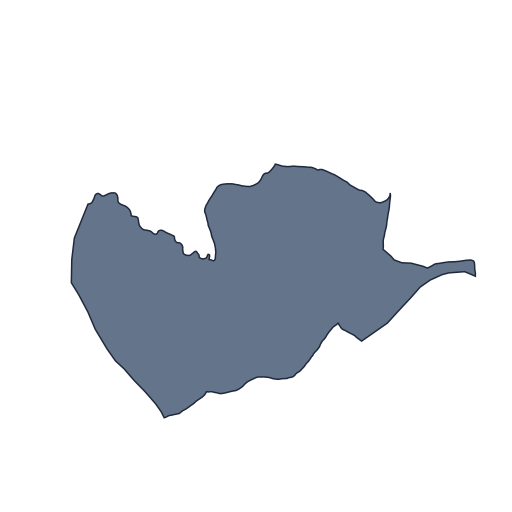 outline of Hamelmalo, Anseba, Eritrea, rotated 325°
{"feature_id": "51966322B61568027672815", "entity_name": "Hamelmalo", "entity_type": "district", "adm_level": 2, "iso_a3": "ERI", "parent_name": "Eritrea", "parent_adm1": "Anseba", "projection": "orthographic", "projection_center": [38.457, 15.915], "detail": "fine", "context": "isolated", "style": "filled", "palette": "slate", "viewbox_px": 512, "rotation_deg": 325, "n_neighbors": 0, "source": "geoboundaries", "source_scale": "gbopen_adm2", "svg_char_len": 6154}
<svg xmlns="http://www.w3.org/2000/svg" viewBox="0 0 512 512"><g transform="rotate(325 256 256)"><path d="M268.7,177.6L266.9,177.2L266.0,177.1L265.2,177.1L263.3,177.4L260.8,178.7L258.1,179.7L254.8,181.3L252.1,182.3L248.9,183.6L246.4,185.0L244.5,185.7L241.9,187.5L240.9,188.2L239.3,190.4L238.6,193.5L236.8,197.9L235.4,201.8L234.4,203.5L233.9,205.8L233.2,208.9L232.6,210.8L232.1,212.2L231.5,213.2L230.8,215.3L230.1,218.4L229.0,222.5L227.9,224.9L227.0,226.9L226.6,227.3L225.4,229.7L223.2,232.2L221.2,234.7L219.8,235.6L218.9,235.6L218.2,235.4L217.8,234.8L216.7,233.1L215.6,232.1L216.4,231.0L218.0,229.5L218.4,228.7L218.5,228.1L218.1,227.5L217.6,227.2L216.7,227.6L215.6,228.4L214.4,229.0L213.3,228.9L212.2,228.6L211.2,228.2L209.9,227.0L209.1,225.8L208.9,224.7L209.0,224.0L209.7,222.8L209.8,222.4L209.8,221.5L209.7,220.5L209.8,219.0L209.7,218.2L209.5,217.7L209.0,217.4L207.9,217.2L206.9,217.4L202.9,217.6L201.9,217.4L201.1,216.9L199.9,215.9L198.8,214.6L198.3,213.7L198.0,212.4L198.1,211.9L198.4,211.1L199.0,209.9L199.7,208.6L200.5,207.4L200.9,207.1L201.4,205.9L201.5,205.4L201.7,204.2L201.5,202.9L201.1,201.7L200.6,201.0L199.8,200.4L198.8,199.5L198.6,198.8L198.6,197.7L198.6,196.7L199.2,195.2L199.7,194.3L200.2,193.3L200.1,192.4L199.7,191.5L199.0,190.7L198.6,189.8L197.9,188.5L196.7,186.7L195.4,184.3L195.2,183.7L194.8,182.7L194.2,181.9L193.9,181.3L193.5,180.8L192.8,180.3L192.0,179.9L191.3,179.7L190.8,179.6L190.3,179.7L189.6,179.9L188.5,180.6L187.8,180.9L187.1,180.9L186.2,180.6L185.4,179.8L184.9,178.9L184.6,178.0L184.5,177.6L184.1,175.9L183.7,174.9L182.9,174.0L181.5,172.4L179.1,170.2L178.6,169.0L178.2,167.8L178.0,165.3L178.1,163.7L179.1,161.3L180.4,158.7L180.8,157.7L181.1,156.8L180.9,156.1L180.4,155.2L178.4,153.2L177.6,152.5L176.9,151.5L177.1,151.1L177.7,150.0L177.9,149.4L178.4,148.4L178.6,147.3L178.8,146.5L178.9,145.4L178.8,144.6L178.6,143.4L178.3,142.0L177.9,141.0L177.6,140.2L177.0,139.3L176.0,137.8L175.5,137.0L175.0,136.3L174.7,135.6L174.5,135.1L174.2,134.4L174.1,132.9L174.4,131.9L175.0,130.8L175.7,129.9L176.2,129.1L176.5,128.2L176.8,127.6L177.1,126.7L177.2,125.6L177.1,125.0L177.0,124.1L176.5,123.4L176.0,122.9L175.1,122.3L173.6,121.3L172.3,120.8L171.6,120.6L170.9,120.4L167.0,119.8L166.2,119.6L165.2,119.3L164.7,118.9L164.3,118.4L164.1,117.8L163.9,117.0L163.0,114.7L162.4,114.1L161.4,113.7L160.5,113.6L159.4,113.8L158.5,114.3L156.5,115.8L155.7,116.3L152.7,117.9L151.8,118.1L150.8,118.1L149.6,117.8L148.9,117.5L148.2,117.1L117.5,137.1L103.0,153.3L89.4,172.0L88.6,185.8L86.2,205.3L82.3,223.9L80.7,246.6L80.7,261.2L83.2,272.6L84.8,288.0L87.3,303.4L89.0,319.6L89.0,329.3L88.8,330.6L88.0,335.8L89.7,336.3L93.1,336.8L95.9,338.1L97.2,338.6L101.2,340.3L102.8,341.0L104.1,340.9L107.4,340.7L111.2,341.2L115.3,341.1L120.4,341.1L123.6,340.6L126.3,340.6L131.1,340.7L134.1,340.3L136.9,339.2L137.6,338.7L139.0,340.0L141.3,341.3L142.5,342.4L144.4,344.6L145.6,345.7L146.4,346.7L147.0,347.5L147.8,348.2L149.4,349.2L152.0,350.4L155.7,351.8L159.3,353.2L161.5,354.3L162.9,354.8L164.2,355.0L165.7,355.2L167.4,355.2L170.0,355.2L172.0,354.8L173.9,354.4L176.1,354.2L177.7,354.2L179.3,354.4L181.1,354.7L183.9,355.2L186.3,355.6L188.3,356.3L190.3,357.7L191.8,358.7L193.3,359.7L195.2,361.4L196.3,362.2L198.4,364.7L199.2,365.8L200.1,366.8L201.3,367.9L203.4,369.7L207.7,371.9L209.2,372.9L211.3,374.2L212.8,374.4L214.2,375.0L215.5,375.7L217.3,376.1L219.2,376.0L220.6,375.5L221.9,375.3L223.1,375.2L224.7,375.5L226.1,375.4L228.0,375.1L228.5,374.9L230.2,374.6L232.5,374.1L234.0,373.5L235.6,372.9L237.7,372.5L239.3,372.1L240.6,371.6L242.1,371.1L243.5,370.4L245.3,370.1L247.3,369.0L249.5,368.5L252.5,367.9L254.9,367.1L255.6,366.9L257.4,365.8L258.2,365.2L260.0,364.4L261.8,363.6L263.3,363.4L265.6,362.8L269.2,361.2L271.1,360.5L273.2,359.8L276.4,359.0L278.3,358.4L280.5,358.4L283.0,358.4L284.7,358.1L284.6,360.1L284.6,361.8L284.5,362.8L284.5,363.9L284.6,364.8L284.8,365.6L285.5,366.9L286.4,368.3L287.7,371.1L289.5,374.4L290.8,377.0L291.3,378.3L291.6,380.2L292.7,383.5L293.7,386.3L325.2,386.3L339.7,383.0L359.1,378.9L372.7,375.6L384.8,375.6L397.7,378.0L404.2,380.4L417.9,388.5L421.3,393.8L424.1,398.4L424.7,397.5L425.9,395.9L427.0,393.5L428.2,391.4L430.0,388.6L431.0,386.8L431.1,386.4L431.3,385.6L431.3,384.8L430.9,384.1L430.5,383.6L430.1,383.1L429.8,382.7L429.3,382.3L428.4,381.6L427.5,381.2L425.6,380.0L424.2,379.3L421.5,378.0L418.9,376.6L415.9,374.9L412.6,372.8L410.7,371.5L408.0,370.1L405.2,368.7L402.2,367.3L400.9,366.6L399.4,365.8L398.2,365.3L397.2,365.1L394.1,364.9L391.9,364.6L389.4,364.1L386.9,360.2L379.0,350.9L371.5,345.1L366.9,338.4L366.5,333.7L363.9,323.3L365.1,322.1L366.3,320.5L368.2,317.5L369.5,315.8L371.6,314.0L373.1,312.7L373.7,312.0L375.1,310.5L376.7,309.2L378.6,307.6L380.7,305.6L382.1,303.9L383.4,302.4L385.2,300.7L387.3,298.4L389.0,296.7L390.8,295.0L392.8,292.9L394.5,290.9L396.5,288.5L399.3,285.5L401.0,283.4L402.1,281.3L400.5,283.2L399.2,284.0L398.0,284.5L396.6,284.9L395.8,285.1L395.0,285.1L393.8,285.1L390.9,284.5L389.3,284.1L387.8,283.4L386.9,282.3L386.0,281.5L385.4,280.8L384.9,279.3L384.7,278.3L384.7,277.2L384.4,275.6L384.1,273.9L383.5,270.8L382.8,268.5L382.4,266.6L381.7,265.2L380.9,263.9L380.2,262.8L379.7,262.5L379.1,262.0L378.0,260.6L376.4,257.3L375.5,255.4L374.6,253.5L373.9,252.1L373.4,250.2L373.3,249.4L372.9,247.7L371.3,244.5L370.5,242.7L368.0,236.8L366.7,234.1L365.7,232.7L363.9,229.6L362.4,227.0L361.1,225.1L360.3,223.7L359.6,223.0L358.9,222.4L358.3,222.0L357.6,221.6L356.8,221.6L355.9,220.9L355.5,220.3L355.0,219.1L353.6,217.0L353.2,216.3L352.4,215.4L351.4,214.4L350.1,213.6L348.1,211.8L345.8,209.9L342.5,207.4L340.9,206.1L338.3,203.9L336.3,202.8L333.4,201.1L330.8,198.9L329.3,197.7L328.4,196.6L327.2,195.0L326.2,193.7L325.1,192.4L324.4,191.8L323.9,192.1L323.5,192.5L322.7,192.8L321.7,193.1L319.6,193.8L317.7,194.3L315.1,194.8L314.1,194.8L313.2,194.7L312.7,194.6L312.0,194.1L311.4,193.7L310.7,193.5L309.9,193.4L309.2,193.5L307.8,193.9L303.9,196.1L301.7,196.9L299.9,197.3L298.6,197.3L297.6,197.2L295.6,196.9L293.9,196.6L292.5,196.1L290.8,195.6L289.6,194.6L288.5,193.8L286.3,191.9L284.4,190.1L282.5,187.8L280.3,185.7L277.9,183.2L276.4,182.2L273.9,180.4L270.9,178.7L268.7,177.6Z" fill="#64748b" stroke="#1e293b" stroke-width="1.5"/></g></svg>